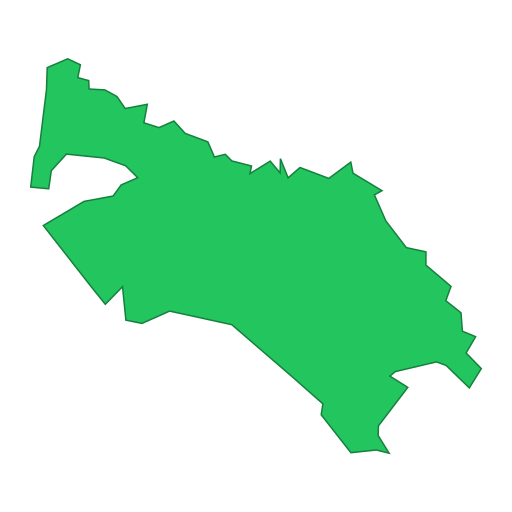 outline of Calhoun, South Carolina, United States of America
{"feature_id": "52423323B26821031365156", "entity_name": "Calhoun", "entity_type": "district", "adm_level": 2, "iso_a3": "USA", "parent_name": "United States of America", "parent_adm1": "South Carolina", "projection": "mercator", "projection_center": [-80.796, 33.675], "detail": "fine", "context": "isolated", "style": "filled", "palette": "green", "viewbox_px": 512, "rotation_deg": 0, "n_neighbors": 0, "source": "geoboundaries", "source_scale": "gbopen_adm2", "svg_char_len": 1029}
<svg xmlns="http://www.w3.org/2000/svg" viewBox="0 0 512 512"><path d="M67.7,58.8L47.2,67.6L46.5,89.4L39.5,146.2L34.2,156.7L30.7,187.1L48.7,188.8L51.3,170.7L66.4,154.1L104.1,158.0L125.7,165.8L137.7,177.7L121.2,184.9L113.1,196.0L84.0,201.4L43.3,225.5L90.3,285.6L105.3,304.3L122.5,286.7L125.9,320.2L142.0,323.4L169.6,311.1L231.8,324.7L292.7,377.2L322.9,403.9L321.2,414.8L350.9,452.7L376.3,450.0L389.1,453.2L378.2,435.6L378.4,425.9L407.8,387.4L389.9,376.1L395.3,371.6L436.4,361.9L446.1,365.4L469.3,387.9L481.3,368.6L466.1,353.0L475.6,336.7L462.4,331.2L461.0,312.8L445.8,300.7L451.0,286.4L425.9,265.1L426.0,251.9L406.3,247.6L385.9,221.0L374.4,194.9L382.0,190.7L353.0,173.2L350.8,162.1L328.8,178.4L300.0,167.5L288.1,177.8L280.4,158.7L280.1,172.9L270.2,161.1L250.0,173.6L251.5,166.0L231.8,160.9L225.3,154.3L214.4,157.0L207.9,141.9L185.2,133.4L173.9,121.0L158.9,127.6L143.9,122.8L147.3,104.3L125.2,108.5L117.0,96.6L104.9,89.9L89.1,89.0L88.7,80.6L77.8,77.6L80.4,64.8L67.7,58.8Z" fill="#22c55e" stroke="#15803d" stroke-width="1.5"/></svg>